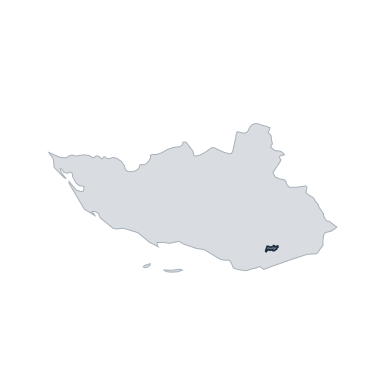 Petoa, Santa Bárbara, Honduras shown in context, rotated 200°
{"feature_id": "27666195B13660887224612", "entity_name": "Petoa", "entity_type": "district", "adm_level": 2, "iso_a3": "HND", "parent_name": "Honduras", "parent_adm1": "Santa Bárbara", "projection": "mercator", "projection_center": [-88.208, 15.281], "detail": "fine", "context": "in_parent", "style": "filled", "palette": "slate", "viewbox_px": 384, "rotation_deg": 200, "n_neighbors": 0, "source": "geoboundaries", "source_scale": "gbopen_adm2", "svg_char_len": 3527}
<svg xmlns="http://www.w3.org/2000/svg" viewBox="0 0 384 384"><g transform="rotate(200 192 192)"><path d="M340.1,180.2L327.8,179.4L322.0,181.0L319.4,184.4L317.2,185.9L315.4,185.6L311.7,186.9L306.2,190.0L301.2,191.1L296.7,190.4L295.4,191.2L295.1,192.2L294.4,193.1L292.7,193.6L290.7,193.4L288.4,192.3L287.3,192.8L287.1,194.7L285.9,195.3L283.6,194.3L281.1,195.1L278.2,197.4L274.2,197.9L269.0,196.6L265.0,194.0L262.2,190.2L258.8,189.2L252.8,192.1L250.3,195.4L249.8,197.4L250.4,199.2L249.3,200.4L246.5,201.0L244.4,203.3L243.0,207.1L242.7,210.1L243.6,212.2L242.2,213.8L238.6,214.8L234.3,218.1L229.4,223.8L224.5,227.7L219.6,230.0L217.2,232.5L217.4,235.2L217.1,236.1L216.2,236.4L214.6,236.8L205.2,230.8L202.5,226.7L200.2,227.3L197.2,229.4L193.0,234.1L188.6,240.4L186.4,241.1L175.3,240.2L169.4,240.8L168.2,241.6L167.6,243.9L168.0,247.1L169.6,258.3L170.5,262.9L169.6,264.3L166.6,264.5L162.7,265.2L160.6,267.3L160.1,269.4L159.9,272.5L158.7,275.6L156.2,277.8L153.9,278.6L140.6,279.2L140.8,274.1L137.0,272.0L134.8,267.7L132.9,264.7L133.5,263.0L133.3,260.9L127.9,259.3L122.9,260.6L120.0,259.8L117.8,258.6L121.5,256.1L121.8,254.5L120.6,253.4L119.4,252.6L119.7,249.8L120.5,246.3L122.6,238.3L121.8,236.9L118.4,234.5L114.1,234.3L109.4,235.1L107.1,233.8L105.1,231.1L101.8,229.8L95.8,232.0L89.5,235.3L87.5,236.5L85.9,236.3L85.2,233.8L84.9,230.9L84.5,230.2L81.1,229.1L77.2,228.4L75.2,227.6L73.3,225.6L68.6,223.0L67.5,221.1L61.2,216.7L60.0,214.5L58.5,212.9L55.5,210.9L53.1,211.4L45.2,208.9L43.9,208.7L45.1,206.5L47.6,203.0L53.1,199.2L53.5,196.2L52.1,190.3L50.6,186.5L51.4,184.8L53.1,177.9L54.4,176.3L62.4,172.8L63.1,172.3L69.4,167.4L76.3,162.0L83.5,156.0L91.6,149.4L96.0,145.5L98.1,143.8L102.7,145.2L106.4,142.0L108.5,140.9L113.4,137.1L114.9,136.3L123.2,134.8L127.2,134.8L130.7,138.6L133.5,140.7L138.7,138.9L143.0,138.5L161.1,142.1L168.3,140.5L181.5,140.2L187.4,141.1L195.8,136.0L201.1,135.0L207.5,132.6L206.6,130.2L205.1,129.1L214.7,130.2L229.0,135.3L244.3,134.4L249.8,131.6L253.4,130.8L269.0,136.1L273.1,140.1L276.4,140.5L278.9,139.6L279.5,138.8L276.5,137.9L275.1,136.6L287.4,139.1L310.6,158.2L311.1,159.8L301.1,154.1L295.9,154.6L294.5,155.5L294.8,158.6L295.3,160.0L297.6,160.2L299.2,159.3L303.3,160.4L306.0,162.4L309.3,165.5L311.3,169.0L313.4,169.0L315.5,167.0L319.4,166.7L322.0,169.0L323.8,168.9L321.3,165.3L315.3,161.8L316.7,161.6L330.0,168.0L333.7,175.9L336.8,177.8L340.1,180.2ZM184.4,111.5L176.7,115.4L174.3,115.3L177.8,112.3L183.5,109.8L188.3,108.5L192.2,109.0L184.4,111.5ZM210.6,107.4L206.9,110.3L206.3,109.0L208.0,106.3L210.2,104.8L212.3,104.9L211.8,106.1L210.6,107.4Z" fill="#d9dde1" stroke="#a8b0b8" stroke-width="1"/><path d="M102.0,161.2L102.0,161.3L102.1,161.5L101.9,161.7L101.9,161.8L101.9,162.0L101.7,162.1L101.6,162.3L101.4,162.3L101.3,162.5L101.3,162.8L101.3,163.0L101.2,163.0L101.1,163.3L101.1,163.5L100.9,163.7L100.7,163.7L100.4,163.7L100.4,163.8L100.5,163.9L100.5,164.0L100.4,164.0L100.2,164.1L99.9,163.9L99.7,163.8L99.4,163.8L99.4,164.0L99.2,164.1L98.8,164.0L98.7,164.0L98.7,164.3L98.7,164.5L98.4,164.7L98.2,164.7L98.1,164.8L97.9,164.8L97.8,164.7L97.7,164.7L97.4,164.7L97.2,164.7L97.1,164.8L96.9,165.0L96.9,164.9L96.7,164.9L96.7,164.7L96.4,164.5L96.1,164.5L95.9,164.7L95.9,164.8L95.7,164.8L95.4,164.8L95.2,164.8L94.9,164.8L94.7,164.8L94.6,165.0L92.8,167.5L93.1,168.5L92.3,169.7L93.0,170.7L95.5,168.8L96.0,169.4L96.1,169.6L97.0,169.6L96.8,168.9L97.0,168.8L99.4,167.0L100.3,166.9L101.0,167.1L101.3,167.1L101.7,167.1L102.9,166.7L102.8,163.3L102.7,161.6L102.0,161.2Z" fill="#64748b" stroke="#1e293b" stroke-width="1.5"/></g></svg>